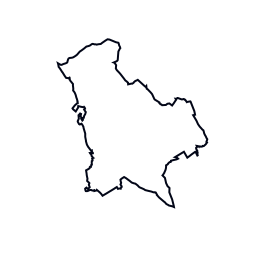 Snēpeles pag., Kuldigas, Latvia (Natural Earth projection), rotated 241°
{"feature_id": "27541924B13518565761243", "entity_name": "Snēpeles pag.", "entity_type": "district", "adm_level": 2, "iso_a3": "LVA", "parent_name": "Latvia", "parent_adm1": "Kuldigas", "projection": "natural_earth1", "projection_center": [21.939, 56.845], "detail": "fine", "context": "isolated", "style": "outline", "palette": "ink", "viewbox_px": 256, "rotation_deg": 241, "n_neighbors": 0, "source": "geoboundaries", "source_scale": "gbopen_adm2", "svg_char_len": 5491}
<svg xmlns="http://www.w3.org/2000/svg" viewBox="0 0 256 256"><g transform="rotate(241 128 128)"><path d="M121.1,195.4L122.1,192.4L122.1,192.0L125.0,191.7L125.2,191.3L126.0,191.1L126.5,190.5L126.5,189.9L127.0,188.8L130.1,186.1L130.3,185.7L130.0,184.5L130.5,183.8L129.4,183.8L128.7,182.4L127.4,179.9L127.0,179.0L126.3,177.5L129.4,176.1L130.1,174.2L129.8,172.3L131.4,168.9L132.5,168.6L133.0,167.9L134.8,167.5L135.1,167.9L139.9,165.2L140.3,165.1L140.7,165.1L145.9,165.5L148.0,165.1L152.5,163.9L152.9,163.7L153.2,163.4L153.7,163.5L155.7,164.3L155.3,163.4L156.8,162.8L165.4,159.9L165.4,158.5L165.6,157.2L165.4,156.4L165.3,155.7L164.8,154.6L164.7,153.2L165.1,152.7L165.2,152.4L165.4,151.7L166.1,149.3L166.3,149.4L166.7,149.5L166.9,149.8L167.5,150.0L169.4,149.4L170.9,148.7L173.4,148.4L175.9,148.0L178.5,147.6L180.5,147.2L183.9,146.3L185.9,146.2L187.1,147.0L188.7,148.1L189.9,148.0L191.6,147.8L192.2,147.3L191.9,150.6L192.2,151.7L193.1,152.4L196.6,154.7L199.6,156.7L201.7,159.9L201.7,160.0L203.0,160.3L204.4,160.3L206.3,160.8L207.2,160.9L208.8,159.1L214.3,154.7L215.5,153.1L215.4,150.7L215.0,146.7L214.7,144.9L215.7,142.5L216.1,141.0L216.7,140.5L216.9,140.2L217.5,139.1L217.9,138.8L218.7,137.9L218.9,136.9L218.6,134.8L218.7,133.8L219.0,132.5L219.4,131.1L219.2,130.1L218.8,128.0L218.4,125.0L218.2,122.8L216.8,119.0L216.5,117.0L216.4,115.1L216.4,114.1L216.7,112.9L217.6,110.8L217.6,109.8L217.1,108.9L215.4,107.2L215.0,106.9L214.7,106.2L214.8,104.8L215.3,102.4L215.4,100.7L215.7,100.0L216.9,99.1L218.6,98.1L217.7,97.9L215.1,97.0L213.2,97.3L210.4,97.5L209.1,97.5L208.6,97.7L204.2,97.9L201.8,98.2L200.8,99.6L200.5,100.1L200.4,100.4L200.4,101.1L200.4,101.3L200.2,101.3L199.4,100.9L199.1,100.8L198.7,100.4L198.5,100.5L196.7,100.5L195.6,100.8L195.3,100.8L193.2,101.2L191.6,100.3L190.5,99.9L188.7,99.1L187.4,98.2L185.3,98.5L184.5,98.5L183.4,98.4L182.0,98.2L180.1,97.7L179.1,97.5L178.2,97.4L177.0,97.1L175.7,96.8L174.8,96.4L175.0,96.3L174.3,96.0L174.3,95.8L173.6,92.6L172.1,89.0L171.2,89.0L169.3,89.7L167.8,90.3L169.4,93.1L169.8,93.8L169.9,94.1L171.3,95.1L169.4,97.1L168.5,98.2L167.4,99.7L167.2,99.8L167.3,99.9L166.9,100.0L165.7,99.8L165.5,98.6L164.3,98.6L162.4,98.8L160.8,97.2L160.1,95.9L159.7,95.4L158.4,94.3L158.9,93.1L157.9,92.7L157.0,92.6L156.7,91.7L158.9,91.6L159.4,92.4L161.1,92.1L163.0,93.7L163.7,92.9L163.8,92.9L163.1,91.0L163.1,90.9L160.0,89.5L158.4,87.4L158.1,87.2L157.8,87.1L156.1,87.1L155.1,87.1L154.4,87.6L154.4,89.3L153.5,89.6L150.7,89.6L149.7,89.2L143.9,87.9L141.0,86.3L137.3,85.1L136.8,84.8L133.4,84.0L130.7,84.0L129.6,84.2L126.0,84.7L125.9,85.5L124.6,84.9L123.3,85.2L123.1,85.1L123.8,84.2L124.2,83.6L124.3,83.3L124.6,82.6L124.2,82.6L123.6,82.7L123.4,82.8L122.7,83.0L122.4,83.1L121.6,82.7L121.3,82.6L120.1,82.9L119.4,82.9L118.9,82.9L118.7,83.0L118.8,82.0L118.7,81.8L118.4,81.7L118.0,81.8L117.9,81.8L117.6,81.6L116.9,81.3L116.7,81.2L116.5,80.7L116.6,80.3L115.5,79.6L114.8,79.2L113.7,78.8L113.8,78.8L113.6,78.7L113.5,78.4L113.5,78.2L113.4,78.2L113.2,78.0L113.1,77.9L112.9,77.8L112.8,77.5L112.8,77.4L112.7,77.3L112.6,77.2L112.3,76.8L112.1,76.7L112.3,76.4L112.5,76.2L112.4,75.7L111.4,74.9L111.3,73.3L111.3,70.8L108.5,69.8L106.6,69.0L103.1,67.9L102.4,67.2L101.5,66.6L99.4,67.3L98.5,67.5L97.3,66.2L94.8,65.8L94.0,63.4L96.0,62.8L95.9,61.8L95.7,61.1L94.3,60.6L93.3,60.5L92.6,61.6L92.4,62.6L92.3,63.2L92.4,63.8L92.0,65.2L91.5,65.9L90.9,66.2L90.8,66.3L90.3,66.9L90.1,67.5L90.0,68.2L89.2,68.0L88.8,69.6L88.6,70.1L89.0,70.7L85.1,72.2L84.1,72.4L83.5,72.6L81.1,72.9L81.2,76.4L81.2,77.1L81.4,81.6L81.4,82.4L81.6,86.6L81.7,87.7L81.8,89.6L79.6,89.7L79.5,90.3L79.1,91.5L78.8,92.0L78.5,92.2L79.5,93.3L79.5,93.9L80.1,94.2L82.2,94.0L83.3,95.4L85.0,95.8L86.5,96.4L86.8,97.9L87.0,100.8L85.7,101.6L85.0,102.0L84.3,102.3L83.3,102.8L82.9,102.9L82.6,103.1L81.9,103.4L80.8,103.9L79.0,104.6L78.5,104.8L77.0,106.1L75.7,107.5L73.1,108.6L71.4,109.0L70.6,109.3L67.9,111.4L66.8,112.2L65.3,113.0L62.8,115.7L61.2,117.5L60.2,118.4L59.5,119.0L59.3,119.3L58.9,119.9L58.8,120.4L58.3,120.5L57.7,120.9L57.7,121.0L54.9,121.0L54.9,120.9L52.2,121.5L48.2,123.0L46.1,123.8L44.7,124.4L43.5,124.5L42.6,124.9L41.1,125.9L40.4,126.2L39.3,127.4L37.9,128.9L36.6,129.9L37.8,130.3L40.8,131.1L44.2,132.0L49.7,132.7L51.3,132.9L51.8,133.0L55.2,135.1L55.3,135.1L55.5,135.2L57.9,134.4L61.3,134.6L66.4,136.1L66.5,136.1L69.8,135.2L70.1,136.0L71.2,137.9L71.2,138.0L71.8,138.7L72.4,139.5L72.9,140.2L74.2,141.5L75.6,142.5L76.9,143.2L76.9,144.3L77.0,144.9L77.2,145.6L77.4,145.7L77.7,146.6L78.0,147.8L77.6,148.9L77.9,149.3L78.5,149.7L77.9,152.2L77.0,155.3L76.9,156.9L78.5,156.4L79.7,155.1L80.1,165.4L73.3,165.5L73.6,167.9L74.1,171.0L74.6,175.2L73.7,175.5L70.5,175.3L70.3,175.3L70.3,175.5L70.4,175.8L70.8,175.8L71.8,176.1L72.0,176.2L72.2,176.6L72.3,176.7L72.6,176.9L72.9,176.8L73.2,177.0L73.4,177.0L73.5,177.1L74.0,177.1L74.3,177.4L74.4,177.5L74.7,177.4L74.8,177.5L76.3,177.5L76.8,177.6L77.3,177.8L77.6,177.9L77.7,178.1L77.7,178.3L77.8,178.9L78.2,179.5L79.0,179.5L78.7,179.9L78.4,180.2L78.0,180.6L77.8,180.8L77.6,180.9L77.2,181.0L77.4,181.3L77.2,181.5L77.1,181.9L76.6,182.3L76.6,182.5L76.4,182.8L75.9,183.5L75.9,184.5L76.0,184.6L75.8,184.8L75.7,184.8L75.5,185.7L75.8,186.8L75.9,187.6L76.2,188.3L76.3,188.7L76.7,189.4L76.9,189.9L77.0,190.1L77.8,189.8L79.5,191.7L79.8,191.9L81.3,191.8L83.0,192.0L84.0,191.9L86.1,192.0L86.6,192.1L88.0,192.5L89.4,192.8L90.8,192.2L91.5,192.1L94.4,191.4L97.4,191.1L101.1,191.4L105.0,191.3L107.6,191.2L107.1,193.1L110.0,194.0L110.7,194.2L120.6,195.5L120.9,195.5L121.1,195.4Z" fill="none" stroke="#020617" stroke-width="2"/></g></svg>